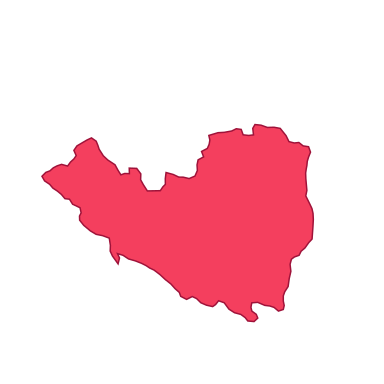 Pirapetinga, Minas Gerais, Brazil (Equal Earth projection), rotated 300°
{"feature_id": "56859067B36322566959360", "entity_name": "Pirapetinga", "entity_type": "district", "adm_level": 2, "iso_a3": "BRA", "parent_name": "Brazil", "parent_adm1": "Minas Gerais", "projection": "equal_earth", "projection_center": [-42.367, -21.664], "detail": "fine", "context": "isolated", "style": "filled", "palette": "rose", "viewbox_px": 384, "rotation_deg": 300, "n_neighbors": 0, "source": "geoboundaries", "source_scale": "gbopen_adm2", "svg_char_len": 2103}
<svg xmlns="http://www.w3.org/2000/svg" viewBox="0 0 384 384"><g transform="rotate(300 192 192)"><path d="M158.2,322.5L165.6,319.5L172.7,317.3L178.4,313.1L183.5,311.7L187.0,313.2L190.7,316.4L195.3,316.1L200.0,317.8L206.5,318.4L211.3,319.5L222.2,314.2L228.9,310.8L234.0,307.5L237.6,304.2L240.3,300.3L245.5,292.5L250.8,290.7L260.5,283.9L265.3,280.9L269.1,279.4L272.5,278.2L276.2,276.5L280.4,275.5L285.8,274.7L289.5,270.3L287.5,265.2L288.3,259.8L285.6,256.1L284.1,250.8L287.8,245.3L291.2,236.6L289.1,230.7L285.6,225.0L284.4,218.4L281.9,212.8L277.5,212.8L272.2,216.7L269.3,212.8L267.1,207.7L270.8,203.3L268.9,198.7L264.7,195.9L259.8,190.1L256.4,184.9L252.5,181.2L249.4,178.3L245.9,181.5L241.9,183.0L237.4,183.5L231.9,180.0L228.2,184.5L222.9,181.2L218.0,182.8L213.3,185.9L207.3,186.6L202.2,182.8L200.5,177.1L198.3,173.1L197.8,167.0L195.9,159.8L190.2,162.2L185.3,165.1L181.9,164.2L177.3,163.9L170.6,152.8L174.0,146.2L176.9,141.4L182.1,138.6L184.8,132.3L181.3,125.7L176.6,128.6L174.4,124.5L171.3,121.8L173.9,116.9L177.1,111.7L177.6,103.1L179.0,97.1L182.6,90.2L185.3,87.2L188.1,83.6L188.6,77.9L184.6,75.1L179.7,72.3L174.4,69.3L169.0,68.9L165.6,73.5L161.6,73.2L157.2,71.8L152.3,71.3L150.7,65.2L147.2,62.1L143.6,59.8L139.3,58.4L135.9,55.6L130.6,54.2L127.9,58.8L127.5,64.9L125.8,69.6L125.5,74.8L124.6,80.1L122.7,85.3L124.5,89.5L121.7,94.8L122.4,102.9L118.5,106.4L114.9,106.6L111.4,108.8L109.0,114.9L107.5,123.4L107.4,130.1L109.5,136.4L110.7,143.4L105.0,148.0L99.9,150.7L96.8,155.1L94.8,159.5L92.8,163.9L98.6,162.2L101.4,158.3L102.7,163.9L102.3,170.5L104.0,177.3L105.0,183.9L105.3,189.1L105.0,193.5L105.4,198.1L104.5,205.3L102.8,212.8L101.8,219.7L99.8,225.8L98.7,231.2L96.0,234.4L96.3,241.0L101.6,244.5L102.0,249.3L100.5,255.0L101.2,261.1L103.1,267.2L106.3,268.7L111.1,269.4L112.2,275.3L109.0,282.6L108.7,289.2L110.4,295.5L109.8,300.9L108.2,304.8L110.8,310.5L115.7,312.0L118.2,308.8L118.8,303.4L121.6,300.7L125.9,299.2L129.3,304.1L130.2,311.7L132.2,316.4L133.1,320.8L132.1,326.4L135.9,329.8L139.8,328.6L143.2,325.6L147.7,323.0L152.0,322.2L158.2,322.5Z" fill="#f43f5e" stroke="#9f1239" stroke-width="1.5"/></g></svg>